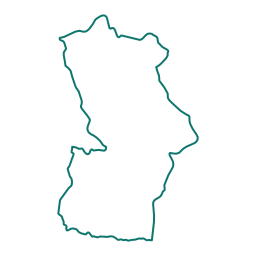 SVG path tracing the border of Hovd
{"feature_id": "MNG-3320", "entity_name": "Hovd", "entity_type": "Province", "adm_level": 1, "iso_a3": "MNG", "parent_name": "Mongolia", "parent_adm1": "", "projection": "mercator", "projection_center": [92.143, 46.988], "detail": "fine", "context": "isolated", "style": "outline", "palette": "teal", "viewbox_px": 256, "rotation_deg": 0, "n_neighbors": 0, "source": "natural_earth", "source_scale": "10m", "svg_char_len": 3740}
<svg xmlns="http://www.w3.org/2000/svg" viewBox="0 0 256 256"><path d="M68.1,230.3L66.9,230.3L66.2,228.7L66.4,227.8L66.6,227.2L66.6,226.6L66.1,225.7L65.5,225.2L63.9,224.5L63.7,223.9L63.7,222.0L63.2,220.5L62.6,219.1L62.2,217.5L61.6,216.3L59.1,214.4L58.3,213.5L60.0,200.4L60.6,199.2L68.6,188.2L70.8,186.2L71.2,185.9L71.8,184.3L72.0,181.7L71.6,179.1L70.8,177.7L69.8,176.1L67.9,169.8L67.7,168.7L68.1,167.8L69.3,166.3L70.8,162.3L71.2,161.2L71.8,159.0L72.3,158.0L73.1,155.9L73.5,154.7L73.6,153.9L73.0,153.1L72.2,152.8L71.6,152.3L71.7,150.8L72.2,148.4L72.3,146.9L73.2,146.9L76.1,147.5L78.6,148.7L79.8,148.8L81.0,148.6L82.1,148.6L83.0,149.4L84.5,151.9L85.4,153.0L86.6,153.9L87.8,154.2L88.8,153.8L89.5,153.0L90.3,151.0L90.7,150.1L91.2,149.6L91.9,149.4L93.1,150.2L93.7,150.5L98.5,149.9L104.1,150.7L104.9,150.3L105.8,149.5L106.0,148.4L106.1,147.0L102.9,145.0L100.2,141.0L96.3,137.4L93.1,135.2L91.6,134.6L90.4,133.8L88.7,132.4L87.9,130.8L87.5,129.5L87.4,128.4L87.6,127.1L87.9,125.9L89.7,121.2L89.8,119.4L87.3,115.6L82.1,109.0L81.1,107.3L81.0,106.3L81.1,105.5L81.4,104.8L81.7,103.7L81.8,102.6L81.7,101.2L81.5,100.0L78.9,92.1L78.2,90.6L77.4,89.4L76.6,88.5L75.5,86.5L72.3,77.0L70.8,71.5L70.4,70.5L69.9,69.9L68.8,68.6L68.2,67.9L66.3,66.5L65.6,65.9L65.4,64.9L65.2,64.1L65.1,62.7L64.2,57.7L63.9,56.1L63.7,54.3L63.8,52.9L64.2,51.6L65.8,49.3L65.9,48.5L65.7,47.3L64.3,42.9L63.8,41.9L63.1,41.2L60.5,40.1L60.0,39.6L59.7,39.1L59.6,38.6L59.8,37.9L63.9,37.0L75.5,31.6L79.4,30.8L83.2,31.7L85.1,31.7L86.9,30.9L89.1,29.1L92.9,24.0L95.2,19.9L96.5,18.7L100.3,16.3L102.0,15.6L103.5,15.4L104.8,15.6L105.8,16.3L106.4,16.9L106.9,17.9L109.5,28.1L110.3,28.5L110.9,28.6L111.9,28.1L112.6,28.0L113.5,28.2L114.6,29.4L115.4,31.1L116.8,35.1L117.6,36.6L118.4,37.2L119.3,37.1L121.0,35.7L121.6,35.5L135.7,38.9L139.9,39.9L141.8,39.2L143.6,37.6L145.2,35.7L147.1,34.2L148.6,33.6L149.8,33.5L151.8,33.9L152.2,34.1L152.4,34.3L152.6,34.5L153.1,34.9L156.3,36.6L157.0,37.4L157.2,37.7L157.3,38.1L157.5,38.4L157.5,38.7L157.7,40.2L158.0,41.7L158.2,42.3L158.3,42.6L158.5,43.1L158.7,43.3L159.6,44.0L162.1,46.7L163.0,47.4L166.5,49.3L167.7,50.2L168.1,50.7L168.2,50.9L168.3,51.3L168.2,51.6L168.1,51.8L168.0,52.0L167.9,52.2L167.7,52.7L167.7,53.2L167.6,53.7L167.7,54.8L167.6,55.3L167.5,55.7L166.9,57.0L165.6,58.8L161.0,63.7L159.0,65.4L156.2,67.2L157.8,72.6L158.7,74.7L159.1,76.8L159.3,78.4L159.2,80.0L159.6,81.1L164.3,87.4L167.7,93.5L167.8,96.6L167.9,97.5L168.2,98.6L169.7,100.7L172.6,103.5L180.7,110.9L186.1,114.4L188.8,115.7L189.3,116.6L189.5,117.8L189.5,119.3L189.5,120.9L189.9,122.9L190.7,125.0L192.8,129.1L196.3,134.2L197.7,137.1L197.6,139.2L197.3,140.2L196.3,141.7L194.7,143.0L186.8,146.5L183.3,148.7L179.1,152.8L176.9,153.5L175.8,153.7L171.7,153.3L170.9,153.0L170.0,153.1L169.5,153.6L169.6,154.8L170.0,155.8L172.5,160.6L173.1,162.4L173.3,164.2L173.2,166.0L172.6,167.5L168.2,175.5L164.5,184.8L164.3,185.8L164.7,188.7L164.7,189.7L164.1,190.6L163.2,191.2L162.7,192.0L161.3,195.1L160.5,196.2L159.6,197.0L155.1,199.7L154.2,200.7L153.4,202.0L153.1,203.9L154.1,216.0L153.9,222.6L151.9,239.9L151.8,240.2L150.9,240.3L150.2,240.1L149.4,240.0L148.7,240.0L147.9,240.2L146.8,240.2L145.7,239.7L143.5,238.4L143.0,238.4L141.7,238.7L141.1,238.7L139.3,238.4L134.9,239.7L132.4,239.8L128.6,240.6L128.0,240.6L126.3,239.9L125.6,239.8L123.7,240.1L123.1,240.1L121.3,239.4L120.6,239.4L118.8,239.9L117.8,239.7L114.5,237.3L113.2,236.7L112.0,236.4L110.7,236.3L109.4,236.5L107.2,236.9L100.6,236.5L99.7,236.6L98.1,237.2L97.3,237.3L93.5,236.3L93.0,236.4L92.7,236.6L92.3,236.6L91.9,236.3L89.3,233.0L88.7,232.5L87.8,232.5L87.2,233.0L86.5,233.7L85.9,234.3L85.1,234.3L81.4,233.4L78.9,232.1L78.3,231.6L77.4,230.3L76.9,229.7L75.6,229.0L73.9,228.6L72.2,228.5L70.8,228.8L68.1,230.3Z" fill="none" stroke="#0f766e" stroke-width="2"/></svg>